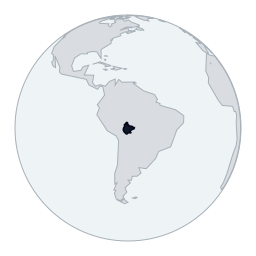 globe centered on El Beni
{"feature_id": "BOL-1293", "entity_name": "El Beni", "entity_type": "Department", "adm_level": 1, "iso_a3": "BOL", "parent_name": "Bolivia", "parent_adm1": "", "projection": "orthographic", "projection_center": [-65.092, -13.43], "detail": "fine", "context": "on_globe", "style": "filled", "palette": "ink", "viewbox_px": 256, "rotation_deg": 0, "n_neighbors": 0, "source": "natural_earth", "source_scale": "10m", "svg_char_len": 6955}
<svg xmlns="http://www.w3.org/2000/svg" viewBox="0 0 256 256"><circle cx="128" cy="128" r="113" fill="#eef3f6" stroke="#a8b0b8"/><path d="M96.4,19.9L98.0,19.6L100.0,19.0L102.6,18.7L105.8,18.0L105.6,18.3L108.4,17.5L108.0,17.4L109.1,17.1L111.0,16.8L111.0,17.0L110.1,17.2L111.0,17.1L110.2,17.4L111.7,17.1L111.5,17.6L114.5,16.7L116.6,16.8L115.7,17.3L112.2,17.7L101.3,21.2L99.3,22.4L100.0,23.4L109.0,23.8L108.3,25.2L109.9,26.8L112.0,25.5L111.4,24.0L115.7,22.5L114.5,21.1L116.0,20.4L116.2,19.1L120.1,18.9L123.7,19.5L123.8,20.7L125.4,21.1L128.5,19.9L131.6,22.3L138.9,24.8L139.3,25.7L134.4,27.1L126.4,27.1L119.9,30.3L128.0,27.9L128.8,30.8L130.6,31.3L132.9,31.2L134.1,30.1L135.2,31.2L127.6,33.6L126.5,32.6L128.9,31.7L125.2,31.9L120.0,34.1L120.8,35.7L112.3,38.5L112.7,39.7L111.1,41.3L110.9,38.9L111.1,43.4L101.1,49.4L101.1,58.5L96.8,51.8L92.7,51.5L87.6,52.4L87.5,53.8L80.9,53.8L74.6,58.0L71.6,65.8L73.4,71.4L80.8,70.4L83.2,66.6L88.8,65.2L84.2,75.0L93.8,75.2L92.5,82.6L95.3,86.2L100.2,84.7L105.3,86.2L109.2,81.6L115.2,79.0L115.2,85.1L118.7,79.4L122.0,82.2L134.2,82.0L133.2,83.3L143.5,90.8L154.7,94.6L157.4,99.4L156.0,102.2L159.9,103.4L160.0,105.3L175.7,109.8L183.8,115.8L183.6,122.7L176.8,129.9L170.7,146.8L158.6,151.5L155.6,158.5L146.2,168.7L138.9,167.6L141.0,173.1L137.0,176.2L132.2,176.3L131.5,180.2L128.0,180.2L130.4,182.8L125.0,187.9L126.8,192.1L123.0,196.3L124.3,198.8L122.8,198.7L121.2,199.7L121.2,201.1L116.2,198.9L114.4,193.3L115.9,190.4L113.8,190.0L117.0,182.7L114.8,184.2L114.7,173.6L117.5,164.8L118.6,140.5L116.1,135.9L107.4,130.9L96.8,114.7L99.5,107.8L97.3,104.9L104.6,95.1L102.8,86.9L100.2,86.0L97.6,89.3L89.0,85.0L86.2,79.3L61.6,74.1L59.4,71.9L59.9,67.4L55.0,55.9L55.6,67.7L53.1,66.0L51.7,62.1L53.3,60.6L53.4,54.8L51.6,53.6L54.1,46.9L63.2,37.5L63.3,38.2L65.5,36.2L65.5,35.4L65.0,35.4L71.6,30.5L79.6,26.3L87.9,22.8L96.4,19.9ZM100.3,61.8L111.3,65.8L104.8,66.8L106.1,65.8L103.3,64.0L98.1,62.7L92.5,64.3L100.3,61.8ZM105.8,56.2L103.9,55.9L105.8,55.8L105.8,56.2ZM64.4,35.7L65.3,35.5L64.4,36.9L63.4,37.1L64.4,35.7ZM66.3,33.8L67.4,33.2L64.9,35.0L65.0,34.7L66.3,33.8ZM114.1,19.4L115.1,19.3L114.5,19.6L114.1,19.4ZM113.2,19.1L111.8,19.5L111.1,19.4L112.0,19.1L113.2,19.1ZM115.1,18.6L110.2,19.2L109.1,19.1L111.6,18.1L115.1,18.6ZM107.1,17.5L107.6,17.6L105.4,17.9L107.1,17.5ZM99.7,19.0L100.2,18.9L103.9,18.0L104.2,17.9L105.9,17.5L105.4,17.8L97.3,19.7L99.7,19.0ZM109.4,17.0L107.7,17.3L107.8,17.2L111.2,16.6L110.1,16.8L109.4,17.0ZM111.0,16.7L112.9,16.4L114.6,16.2L111.1,16.7L111.0,16.7ZM121.6,15.7L119.6,15.9L119.4,15.8L121.6,15.7ZM113.5,16.3L113.2,16.3L113.5,16.3ZM118.2,15.8L120.3,15.6L120.5,15.6L114.5,16.2L118.2,15.8ZM124.6,203.7L116.7,199.7L121.1,201.5L123.8,199.2L128.0,202.3L124.6,203.7ZM132.7,198.0L136.1,196.9L137.0,197.7L134.8,198.6L132.7,198.0ZM209.5,50.3L205.4,46.2L204.4,46.1L208.5,53.0L206.7,53.0L202.9,50.6L196.0,42.5L200.6,43.5L198.2,41.2L192.7,37.2L194.6,38.0L192.9,36.7L194.2,37.2L191.5,35.0L191.8,35.2L201.1,42.3L209.5,50.3ZM226.2,183.2L224.0,186.7L221.4,189.5L220.6,187.0L223.2,182.9L226.8,174.0L233.0,153.7L236.0,145.8L237.1,139.1L236.2,122.9L236.6,115.3L235.7,111.5L234.2,111.4L232.8,106.9L231.7,106.2L222.3,105.5L217.8,99.4L208.3,83.0L208.7,77.6L205.8,71.0L206.5,53.1L210.0,55.2L214.3,56.0L215.5,57.2L218.6,61.6L223.1,67.7L227.2,74.7L230.8,81.9L233.8,89.4L236.3,97.1L238.3,105.0L239.6,112.9L240.4,121.0L240.6,129.0L240.3,137.1L239.3,145.2L237.8,153.1L235.7,160.9L233.1,168.5L229.9,176.0L226.2,183.2ZM210.2,62.5L211.1,64.3L210.2,62.5ZM134.6,81.9L136.0,83.1L134.1,83.1L134.6,81.9ZM103.7,69.2L106.1,69.1L107.3,69.9L105.5,70.3L103.7,69.2ZM124.3,68.4L127.1,68.9L124.1,69.4L124.3,68.4ZM113.1,66.3L122.0,68.3L116.2,70.1L110.6,69.0L114.5,68.3L113.1,66.3ZM104.4,59.3L105.9,59.6L105.3,60.6L104.4,59.3ZM107.2,56.1L106.6,56.2L105.9,55.5L107.2,56.1ZM129.3,30.6L129.9,30.5L132.2,30.6L131.0,31.1L129.3,30.6ZM142.6,28.9L144.1,30.8L142.3,29.6L141.0,30.4L135.5,29.3L139.2,26.1L138.5,27.6L142.6,28.9ZM129.2,27.3L132.2,28.1L128.7,27.4L129.2,27.3ZM182.3,30.1L184.2,31.0L185.9,32.3L185.1,32.6L182.7,30.7L182.3,30.1ZM186.6,32.2L179.6,28.2L179.8,28.1L180.9,28.7L181.7,29.1L183.6,30.3L190.7,34.6L192.6,36.0L190.1,35.3L189.8,34.6L188.0,33.6L186.6,32.2ZM161.4,21.0L158.4,20.0L162.8,20.9L165.1,21.8L164.4,21.9L161.3,21.1L161.4,21.0ZM120.4,16.9L119.0,17.1L120.2,16.7L120.4,16.9ZM120.6,15.8L126.7,16.3L125.4,16.4L130.5,17.0L129.0,17.7L125.7,17.2L128.4,18.3L124.8,18.2L127.0,19.0L119.8,17.9L116.7,18.1L120.8,17.6L122.3,16.9L122.0,16.7L118.8,16.3L112.9,16.7L113.4,16.4L115.4,16.1L116.9,16.0L116.1,16.1L118.7,15.8L118.6,16.0L120.6,15.8ZM150.9,17.7L150.1,17.6L153.6,18.3L150.8,17.7L151.8,18.0L154.0,18.4L148.0,18.5L147.6,19.5L148.8,20.9L143.9,20.1L139.6,18.5L136.4,17.1L137.5,16.4L135.1,16.3L134.9,16.1L136.9,16.2L133.7,15.9L134.1,15.8L131.2,15.4L126.4,15.4L125.8,15.4L134.2,15.5L142.6,16.3L150.9,17.7ZM216.6,58.4L214.6,56.0L215.0,56.5L216.6,58.4ZM209.5,50.5L212.2,53.5L211.7,53.0L209.5,50.5ZM207.4,48.1L209.4,50.3L208.0,48.9L207.4,48.1Z" fill="#d9dde1" stroke="#a8b0b8" stroke-width="1"/><path d="M127.4,122.0L127.3,122.3L127.3,122.5L127.4,122.8L127.5,122.9L127.6,123.0L127.5,123.3L127.4,123.5L127.5,123.6L127.4,123.7L127.4,123.8L127.5,123.8L127.5,124.0L127.8,124.3L127.7,124.3L127.8,124.4L127.8,124.5L128.0,124.6L128.1,124.8L128.1,125.0L128.3,125.2L128.5,125.2L128.6,125.3L128.7,125.5L128.7,125.4L128.8,125.4L128.8,125.5L129.0,125.6L129.2,125.8L129.2,126.0L129.3,126.0L129.5,126.1L129.8,126.2L130.0,126.2L130.2,126.3L130.3,126.2L130.5,126.1L130.8,126.1L130.9,126.3L131.0,126.3L131.2,126.5L131.3,126.5L131.5,126.6L131.8,126.4L131.9,126.5L132.0,126.7L132.0,126.8L132.3,127.0L132.5,127.1L132.9,127.3L133.0,127.3L133.2,127.5L133.3,127.5L133.3,127.4L133.4,127.5L133.4,127.4L133.5,127.4L133.6,127.5L133.6,127.4L133.6,127.5L133.8,127.7L133.8,127.8L134.0,127.9L134.1,128.0L134.2,128.3L134.3,128.3L134.4,128.2L134.4,128.3L134.5,128.2L130.9,130.3L130.2,130.5L130.2,130.8L130.2,131.0L130.2,131.3L130.3,131.5L130.5,132.0L130.8,132.3L131.0,132.5L131.1,132.8L131.3,132.9L128.8,132.8L128.8,132.7L128.6,132.8L127.9,132.9L127.7,133.1L127.7,133.3L127.5,133.6L127.3,133.8L126.7,134.0L126.3,133.9L126.2,133.9L125.9,133.7L125.5,133.3L125.4,133.2L124.7,132.4L124.3,132.0L124.3,131.9L124.2,131.9L124.2,131.7L124.0,131.4L123.9,131.3L123.9,131.2L123.7,131.1L123.6,130.9L123.6,130.7L123.4,130.5L123.4,130.3L123.4,130.2L123.3,129.9L123.3,129.7L123.4,129.4L123.3,129.2L123.4,128.9L123.4,128.7L123.5,128.6L123.6,128.4L123.6,128.2L123.6,127.9L123.7,127.7L123.8,127.7L124.0,127.5L124.0,127.4L124.1,127.2L124.3,127.0L124.4,126.5L124.4,126.3L124.5,126.2L124.5,125.9L124.5,125.7L124.6,125.4L124.6,125.2L124.4,125.0L124.4,124.9L124.5,124.9L124.5,124.7L124.8,124.6L124.9,124.4L124.9,124.2L125.0,124.1L125.3,124.1L125.6,124.0L125.7,123.9L125.8,123.9L125.7,123.8L125.7,123.7L125.8,123.7L125.8,123.4L126.0,123.4L126.0,123.2L126.1,122.9L126.3,122.8L126.5,122.8L126.4,122.7L126.5,122.6L126.7,122.4L126.8,122.4L127.0,122.3L127.2,122.2L127.3,122.1L127.4,122.0Z" fill="#0f172a" stroke="#020617" stroke-width="1.5"/></svg>